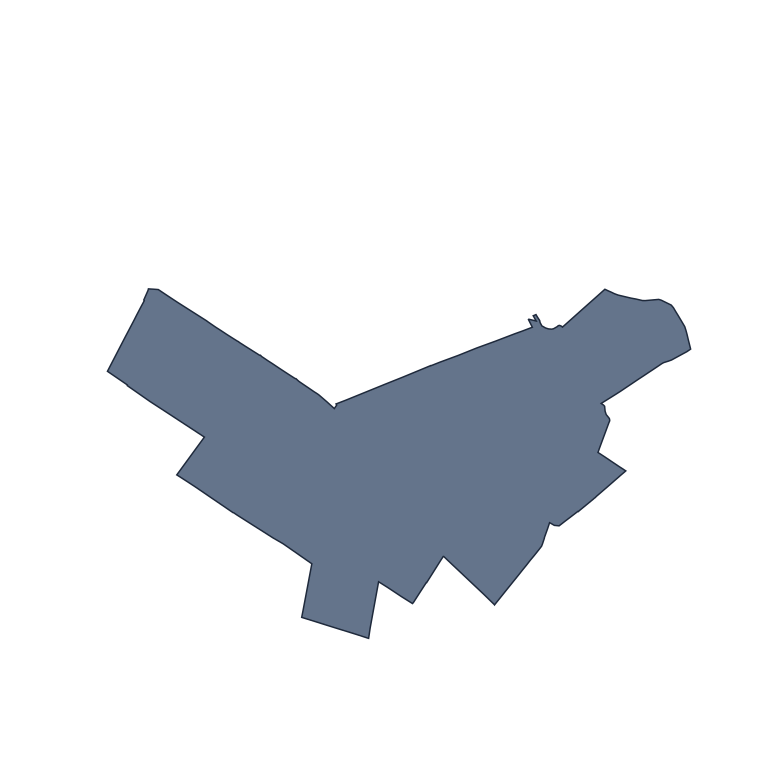 Bordei Verde, Braila, Romania (Robinson projection), rotated 217°
{"feature_id": "2599482B17606250456703", "entity_name": "Bordei Verde", "entity_type": "district", "adm_level": 2, "iso_a3": "ROU", "parent_name": "Romania", "parent_adm1": "Braila", "projection": "robinson", "projection_center": [27.573, 45.04], "detail": "fine", "context": "isolated", "style": "filled", "palette": "slate", "viewbox_px": 768, "rotation_deg": 217, "n_neighbors": 0, "source": "geoboundaries", "source_scale": "gbopen_adm2", "svg_char_len": 3147}
<svg xmlns="http://www.w3.org/2000/svg" viewBox="0 0 768 768"><g transform="rotate(217 384 384)"><path d="M510.5,331.3L517.4,330.7L521.6,330.4L523.8,330.2L524.1,330.2L524.7,330.2L526.1,330.2L526.4,330.1L527.0,330.0L532.9,329.5L539.3,329.0L545.9,328.6L549.9,328.3L552.4,328.1L561.6,327.7L563.7,327.7L597.6,325.0L610.4,324.2L621.1,323.6L625.3,320.9L627.4,319.5L629.4,318.2L629.1,317.5L628.8,316.8L626.4,306.5L625.6,306.3L624.7,300.4L624.5,299.1L623.0,290.0L622.1,285.0L619.8,271.0L619.0,266.0L612.5,227.7L588.4,228.8L588.1,228.2L560.2,229.2L539.9,230.6L495.5,233.5L494.8,186.7L484.3,187.5L473.9,188.2L427.1,190.4L426.6,190.7L422.6,190.9L379.9,194.3L368.3,195.7L333.4,197.0L333.2,196.5L321.8,173.5L312.4,154.5L309.3,148.1L309.0,148.2L303.4,150.2L284.0,157.1L269.2,162.4L255.3,167.4L243.7,171.4L243.2,171.6L248.2,180.8L269.3,222.8L267.1,223.0L258.7,223.7L257.0,223.8L250.5,224.2L242.1,224.7L229.1,225.8L229.0,227.4L230.0,240.6L230.0,240.8L230.7,250.9L230.4,251.0L231.3,262.2L231.4,263.4L232.0,270.5L232.5,276.5L232.9,281.9L232.5,282.2L226.5,281.5L222.1,281.0L211.2,279.8L188.8,277.3L188.7,277.3L177.9,276.1L163.0,274.2L162.8,274.1L162.6,280.5L162.4,286.8L162.2,293.8L162.0,299.8L161.8,305.6L161.6,311.7L161.4,319.7L161.2,324.6L161.1,330.9L161.1,331.5L160.8,336.9L160.6,344.0L160.5,349.2L161.2,351.7L163.1,357.3L163.5,358.0L166.3,367.0L168.3,372.9L167.8,373.0L162.9,373.6L158.8,376.1L156.6,384.2L155.6,387.7L154.6,391.3L152.5,398.9L152.1,398.9L151.4,402.0L147.5,418.2L147.3,419.4L147.0,420.1L146.7,422.3L146.6,422.8L146.5,423.2L142.9,439.9L140.1,453.3L138.6,460.1L147.8,459.5L157.1,459.0L169.2,458.3L171.9,458.1L172.4,459.7L173.3,462.5L177.8,477.5L181.2,488.8L181.3,489.5L181.6,490.4L182.0,491.0L183.3,492.1L188.1,493.3L191.0,495.3L194.4,499.0L196.0,499.3L198.2,499.2L198.9,499.2L198.2,500.9L195.2,508.7L192.6,515.5L190.7,520.6L188.5,527.0L186.2,533.6L183.9,540.3L181.5,547.0L179.2,553.6L178.4,555.8L176.1,562.4L174.4,567.4L173.5,569.4L170.7,573.3L168.8,576.2L163.5,587.9L161.6,592.0L160.1,596.4L168.0,602.8L171.6,605.8L174.8,608.3L178.3,610.8L182.4,612.5L190.0,615.6L195.1,617.6L198.7,619.1L202.1,619.9L213.0,617.8L215.5,616.9L225.6,607.8L227.8,606.2L233.9,603.5L238.5,601.2L250.6,595.9L254.3,594.8L257.8,594.1L261.2,593.3L264.6,592.6L266.5,583.0L270.7,562.1L275.7,536.8L276.0,536.8L276.9,537.0L279.0,536.5L279.6,535.9L280.0,535.2L280.2,534.0L281.9,530.1L283.2,528.6L284.1,528.1L285.0,527.5L285.8,527.0L288.9,525.9L289.1,525.9L291.0,525.7L292.8,525.4L296.3,527.0L297.9,528.4L302.0,529.9L304.4,530.9L305.9,528.3L300.4,525.9L307.3,522.9L307.4,522.4L299.7,518.6L305.4,509.5L309.8,502.8L315.5,493.7L320.7,485.4L331.6,468.6L341.8,451.7L352.6,434.9L357.6,426.7L357.8,426.8L362.8,418.3L373.0,401.0L383.9,383.0L384.0,382.8L404.7,348.2L410.3,339.2L409.1,338.7L408.9,334.5L414.6,335.0L418.7,335.4L427.8,336.0L429.4,336.1L430.3,336.1L433.8,335.9L434.1,335.8L441.0,335.5L448.9,335.1L453.4,334.9L455.0,335.0L457.5,335.3L458.1,334.9L459.2,334.8L465.9,334.3L470.4,334.0L476.6,333.6L485.6,333.1L490.9,332.7L495.3,332.5L498.5,332.3L499.6,332.6L500.1,332.6L500.6,332.1L504.4,331.8L510.1,331.3L510.5,331.3Z" fill="#64748b" stroke="#1e293b" stroke-width="1.5"/></g></svg>